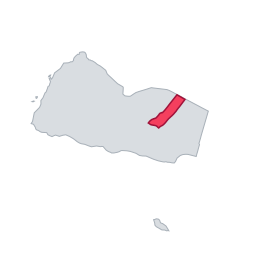 Thamud, Hadramawt, Yemen (highlighted), rotated 37°
{"feature_id": "15242507B77315063878707", "entity_name": "Thamud", "entity_type": "district", "adm_level": 2, "iso_a3": "YEM", "parent_name": "Yemen", "parent_adm1": "Hadramawt", "projection": "natural_earth1", "projection_center": [49.684, 17.639], "detail": "fine", "context": "in_parent", "style": "filled", "palette": "rose", "viewbox_px": 256, "rotation_deg": 37, "n_neighbors": 0, "source": "geoboundaries", "source_scale": "gbopen_adm2", "svg_char_len": 5090}
<svg xmlns="http://www.w3.org/2000/svg" viewBox="0 0 256 256"><g transform="rotate(37 128 128)"><path d="M199.6,109.7L191.7,113.0L189.6,114.5L187.7,116.3L186.3,118.5L185.3,122.5L186.1,126.1L186.0,128.1L184.0,129.4L182.0,130.3L179.9,131.7L178.6,132.1L177.6,133.2L176.3,134.0L171.9,136.0L167.1,137.6L159.4,139.5L156.4,141.6L153.7,143.0L149.6,143.4L143.9,145.3L140.8,146.9L136.9,149.5L136.0,150.3L135.3,152.1L134.1,153.8L131.8,156.4L130.0,157.8L128.8,157.9L126.5,158.6L123.8,158.8L119.3,157.8L118.1,158.5L117.2,159.5L113.7,161.3L110.1,165.0L107.5,165.9L103.2,167.1L100.3,168.6L98.3,169.2L95.7,169.5L91.0,169.4L86.5,169.9L82.4,170.9L80.4,172.9L78.2,176.0L74.5,177.2L73.7,178.3L72.5,180.6L70.2,181.2L68.1,181.6L65.9,180.6L61.8,183.3L60.2,183.8L57.9,183.9L56.2,184.5L55.0,184.3L53.5,183.2L50.3,181.9L48.0,182.8L47.8,180.2L44.0,172.3L44.9,165.4L44.9,164.4L44.1,161.3L41.9,158.5L41.9,154.9L41.2,152.4L40.6,149.8L40.8,149.1L40.9,148.4L39.7,144.4L39.3,143.6L39.2,142.7L39.6,142.1L39.6,141.3L39.0,140.1L38.3,137.7L35.2,135.9L35.9,134.2L36.5,134.8L37.3,135.3L37.5,134.2L37.5,133.3L36.2,128.1L38.2,121.1L37.6,114.8L40.6,112.3L41.4,111.5L41.8,110.8L42.5,109.4L43.5,108.9L43.8,107.4L43.8,106.7L43.2,106.0L42.7,104.3L42.9,102.0L43.1,101.1L43.4,99.4L44.4,98.8L44.7,98.3L43.9,97.2L44.0,96.5L45.7,94.7L46.4,94.2L47.6,93.6L48.4,93.6L49.5,94.0L50.4,94.5L51.3,95.4L52.2,96.4L53.6,96.8L54.6,96.7L55.4,97.2L56.1,96.9L56.8,96.4L58.0,96.4L59.1,95.8L62.3,95.5L65.3,95.7L68.4,95.2L71.6,95.2L74.8,95.3L75.5,95.3L76.1,95.7L78.8,97.3L80.8,97.6L84.9,98.0L89.2,98.5L93.0,98.9L96.2,98.5L98.9,98.2L99.6,98.3L100.4,99.3L102.0,101.7L103.5,104.0L106.1,104.2L107.8,103.3L109.7,102.1L110.8,101.1L112.1,97.3L113.0,94.9L114.9,92.1L116.6,89.8L118.8,86.8L120.0,85.1L122.3,81.8L124.6,80.5L128.9,78.0L133.2,75.5L136.0,73.9L138.3,73.2L142.3,72.5L147.0,71.8L151.6,71.0L156.6,70.3L162.1,69.4L165.9,68.8L170.8,68.0L174.8,67.4L178.3,66.8L182.0,66.2L182.7,68.1L183.4,69.9L184.1,71.8L184.8,73.6L185.5,75.5L186.2,77.3L186.9,79.2L187.6,81.0L188.3,82.9L189.0,84.7L189.7,86.6L190.4,88.4L191.1,90.3L191.9,92.1L192.6,94.0L193.3,95.8L193.9,97.6L195.1,98.2L195.7,99.9L196.7,102.4L197.7,104.8L198.6,107.3L199.6,109.7ZM210.6,183.9L211.6,184.1L213.1,183.5L217.3,183.4L222.5,185.5L221.5,186.0L220.9,186.8L218.7,187.4L216.5,189.0L210.0,189.8L208.0,189.4L206.5,187.8L203.6,185.8L204.7,184.6L204.9,184.0L205.4,183.4L207.0,182.5L208.7,182.6L210.6,183.9ZM37.1,159.2L36.9,159.6L36.6,159.5L35.6,158.6L36.7,157.5L37.3,158.5L37.1,159.2ZM34.2,134.6L33.7,135.0L33.5,134.3L33.9,132.7L34.4,132.2L34.7,133.4L34.5,134.1L34.2,134.6ZM36.5,164.2L35.5,164.7L36.2,163.3L37.0,163.0L36.5,164.2Z" fill="#d9dde1" stroke="#a8b0b8" stroke-width="1"/><path d="M156.3,70.9L156.2,70.9L155.8,70.9L155.4,71.0L154.9,71.0L154.5,71.1L154.0,71.2L153.6,71.2L153.2,71.2L152.8,71.3L152.5,71.3L152.0,71.4L151.6,71.4L151.1,71.5L150.6,71.6L150.2,71.6L149.8,71.7L149.4,71.7L149.0,71.8L148.6,71.8L148.2,71.9L147.8,71.9L147.4,72.0L147.1,72.0L146.8,83.8L146.8,84.6L146.8,85.5L146.8,85.9L146.8,87.2L146.7,90.8L146.6,92.4L146.4,94.0L146.4,94.3L146.3,94.5L146.3,94.8L146.2,94.9L146.2,95.1L145.9,95.3L145.8,95.5L145.7,95.6L145.5,95.8L145.4,95.8L145.4,96.0L145.2,96.2L145.1,96.3L145.0,96.5L144.9,96.6L144.8,96.9L144.7,97.0L144.7,97.3L144.7,97.5L144.6,97.8L144.6,98.0L144.6,98.4L144.6,98.5L144.7,98.8L144.7,99.0L144.7,99.3L144.6,99.5L144.6,99.9L144.6,100.0L144.6,100.3L144.6,100.5L144.6,100.8L144.6,101.1L144.5,101.3L144.5,101.5L144.5,101.8L144.4,102.0L144.4,102.3L144.4,102.5L144.3,102.9L144.3,103.0L144.2,103.3L144.2,103.5L144.0,103.8L143.9,103.9L143.9,104.0L143.7,104.2L143.6,104.3L143.5,104.5L143.4,104.5L143.3,104.8L143.2,104.9L143.1,105.0L142.9,105.2L142.9,105.3L142.8,105.5L142.7,105.5L142.6,105.8L142.5,106.0L142.4,106.1L142.3,106.3L142.2,106.4L142.2,106.5L142.0,106.8L141.9,106.9L141.9,107.0L141.8,107.3L141.7,107.4L141.7,107.5L141.7,107.8L141.6,108.0L141.5,108.3L141.5,108.5L141.4,108.7L141.4,108.8L141.3,109.1L141.3,109.4L141.3,109.5L141.2,109.7L141.2,109.9L141.2,110.0L141.2,110.3L141.2,110.6L141.2,110.8L141.2,111.1L141.2,111.3L141.2,111.5L141.2,111.8L141.3,111.8L141.5,111.7L141.8,111.7L142.1,111.7L142.3,111.7L142.6,111.7L142.8,111.7L143.0,111.7L143.3,111.7L143.5,111.7L143.8,111.7L144.0,111.6L144.3,111.5L144.5,111.5L144.6,111.4L144.8,111.3L145.0,111.3L145.1,111.2L145.3,111.1L145.5,111.0L145.7,110.9L145.8,110.9L146.0,110.8L146.1,110.7L146.3,110.7L146.5,110.6L146.7,110.4L146.8,110.4L147.1,110.2L147.3,110.1L147.5,110.0L147.7,109.9L147.8,109.9L148.0,109.8L148.1,109.7L148.3,109.6L148.6,109.5L148.8,109.4L149.1,109.4L149.3,109.3L149.5,109.3L149.8,109.3L150.0,109.2L150.2,109.3L150.3,109.3L150.5,109.3L150.8,109.3L151.0,109.4L151.3,109.4L151.5,109.5L151.8,109.5L152.0,109.5L152.3,109.5L152.5,109.5L152.7,108.3L152.7,108.2L152.9,107.4L153.4,106.2L153.9,105.3L154.0,105.1L154.1,104.6L154.4,103.5L154.4,103.1L154.6,101.8L154.7,99.8L154.7,98.8L154.8,96.8L154.9,95.8L155.0,95.5L155.3,93.8L155.3,93.6L155.7,91.8L155.8,90.9L156.0,89.9L156.2,86.8L156.3,86.0L156.2,84.3L156.2,81.9L156.2,81.4L156.3,80.3L156.3,80.2L156.3,79.2L156.3,70.9Z" fill="#f43f5e" stroke="#9f1239" stroke-width="1.5"/></g></svg>